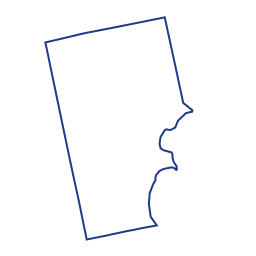 outline of Macomb, Michigan, United States of America, rotated 350°
{"feature_id": "52423323B97340038946788", "entity_name": "Macomb", "entity_type": "district", "adm_level": 2, "iso_a3": "USA", "parent_name": "United States of America", "parent_adm1": "Michigan", "projection": "mercator", "projection_center": [-82.866, 42.672], "detail": "fine", "context": "isolated", "style": "outline", "palette": "blue", "viewbox_px": 256, "rotation_deg": 350, "n_neighbors": 0, "source": "geoboundaries", "source_scale": "gbopen_adm2", "svg_char_len": 798}
<svg xmlns="http://www.w3.org/2000/svg" viewBox="0 0 256 256"><g transform="rotate(350 128 128)"><path d="M61.5,29.4L64.0,109.9L65.3,150.1L65.8,164.3L66.9,190.8L67.6,217.4L68.0,230.6L87.7,230.2L93.9,229.9L105.7,229.5L106.7,229.4L117.6,229.3L119.9,229.1L139.4,228.9L134.9,219.4L135.4,206.2L138.1,195.9L142.8,188.1L143.1,187.6L145.9,184.4L146.5,181.3L147.6,179.1L151.5,175.8L156.0,174.5L164.1,174.3L166.6,175.5L168.2,177.7L168.9,177.2L169.2,174.1L167.0,169.0L166.7,164.5L167.2,161.9L166.7,159.6L159.3,156.2L156.6,153.7L156.3,149.2L157.0,147.0L158.5,142.5L163.9,136.5L165.5,136.0L169.4,137.4L174.5,135.8L177.5,131.1L178.6,129.4L187.7,123.4L193.9,123.1L194.5,121.8L186.7,112.8L186.5,106.1L185.3,73.3L183.4,25.4L141.0,26.4L101.5,27.1L61.5,29.4Z" fill="none" stroke="#1e3a8a" stroke-width="2"/></g></svg>